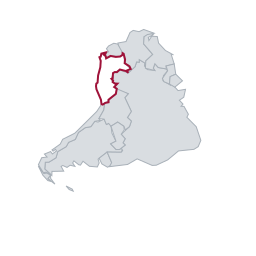 location of Peru within South America, rotated 38°
{"feature_id": "PER", "entity_name": "Peru", "entity_type": "country or territory", "adm_level": 0, "iso_a3": "PER", "parent_name": "South America", "parent_adm1": "", "projection": "albers", "projection_center": [-73.974, -9.194], "detail": "coarse", "context": "in_parent", "style": "outline", "palette": "rose", "viewbox_px": 256, "rotation_deg": 38, "n_neighbors": 12, "source": "natural_earth", "source_scale": "50m", "svg_char_len": 4440}
<svg xmlns="http://www.w3.org/2000/svg" viewBox="0 0 256 256"><g transform="rotate(38 128 128)"><path d="M96.0,212.9L98.2,215.4L105.0,217.2L96.0,217.3L96.0,212.9ZM126.4,159.8L123.6,171.0L126.8,173.3L127.8,177.6L121.2,181.9L113.0,181.9L113.4,186.5L111.8,187.3L105.6,187.2L105.9,189.6L109.8,190.9L105.3,193.0L104.2,196.6L99.7,197.7L98.9,199.4L103.9,201.6L94.8,209.0L97.3,212.4L87.7,211.6L83.9,205.9L86.7,203.6L89.6,195.8L87.2,189.8L90.8,180.7L90.0,175.9L93.5,169.5L91.7,162.0L94.1,154.1L97.9,149.8L97.7,143.2L100.7,141.8L103.7,135.7L108.8,138.5L109.9,136.3L113.1,136.5L118.4,141.9L126.6,145.8L124.1,151.2L131.9,152.3L136.5,147.4L137.6,151.3L126.4,159.8Z" fill="#d9dde1" stroke="#a8b0b8" stroke-width="1"/><path d="M96.0,212.9L96.0,217.3L100.2,217.5L97.2,218.8L90.0,217.6L80.7,213.2L89.7,215.7L91.9,213.5L96.0,212.9ZM94.7,123.3L97.8,128.6L99.3,138.5L101.6,138.9L97.7,143.2L97.9,149.8L94.1,154.1L91.7,162.0L93.5,169.5L90.0,175.9L90.8,180.7L87.2,189.8L89.6,195.8L86.7,203.6L83.9,205.9L87.7,211.6L96.2,212.2L90.4,213.4L88.9,215.3L80.0,212.1L78.3,204.5L82.1,200.7L78.2,200.0L81.5,194.2L84.4,195.0L85.8,190.1L84.0,189.4L83.2,192.4L81.6,192.1L84.5,182.4L83.5,177.1L89.3,164.8L93.2,134.2L92.5,125.5L94.7,123.3Z" fill="#d9dde1" stroke="#a8b0b8" stroke-width="1"/><path d="M114.9,211.8L121.7,210.5L123.7,211.5L119.5,212.7L114.9,211.8Z" fill="#d9dde1" stroke="#a8b0b8" stroke-width="1"/><path d="M126.4,159.8L136.4,165.3L137.8,167.2L136.0,171.5L129.6,172.4L123.8,169.6L126.4,159.8Z" fill="#d9dde1" stroke="#a8b0b8" stroke-width="1"/><path d="M137.2,169.9L136.4,165.3L126.4,159.8L137.6,151.3L137.7,149.1L135.1,147.9L136.3,143.1L133.2,142.8L132.4,138.2L126.5,137.1L128.3,126.0L126.4,120.5L121.1,120.1L120.4,112.9L106.8,106.0L107.1,100.8L98.7,104.3L92.2,104.2L92.4,99.7L87.6,101.3L84.6,99.6L82.5,93.9L85.6,87.4L94.3,84.6L95.8,75.4L94.1,70.6L96.4,69.3L94.7,67.2L101.4,66.4L102.8,69.0L107.2,70.1L113.7,66.2L111.1,65.3L109.6,60.8L114.6,61.7L121.8,57.9L124.0,58.5L123.7,64.9L126.4,69.2L135.3,68.1L135.5,66.2L144.4,67.7L149.5,62.1L153.0,69.4L151.4,74.5L156.6,75.3L156.5,78.2L158.8,76.5L167.1,80.0L167.8,83.3L181.0,85.0L193.0,92.9L194.8,99.5L193.1,104.2L181.9,115.0L178.9,128.7L173.2,139.9L170.1,142.6L154.2,146.7L150.1,157.0L137.2,169.9Z" fill="#d9dde1" stroke="#a8b0b8" stroke-width="1"/><path d="M95.1,104.0L107.1,100.8L106.8,106.0L120.4,112.9L121.1,120.1L126.4,120.5L128.3,126.0L127.0,131.1L123.6,129.2L116.2,129.7L113.5,137.1L109.9,136.3L108.8,138.5L103.7,135.7L99.3,138.5L97.8,128.6L94.7,123.3L97.5,108.8L95.1,104.0Z" fill="#d9dde1" stroke="#a8b0b8" stroke-width="1"/><path d="M103.3,68.7L101.4,66.4L94.7,67.2L96.4,69.3L94.1,70.6L95.8,75.4L94.3,84.6L92.0,82.9L93.9,80.0L85.1,78.7L79.2,72.2L72.4,71.0L67.7,67.3L73.2,61.1L70.8,51.5L72.0,47.9L77.4,45.3L79.7,40.7L90.3,37.2L84.5,46.1L88.5,52.1L102.2,54.8L100.7,64.1L103.3,68.7Z" fill="#d9dde1" stroke="#a8b0b8" stroke-width="1"/><path d="M121.8,57.9L114.6,61.7L109.6,60.8L111.1,65.3L113.7,66.2L104.9,70.2L100.7,64.1L102.2,54.8L88.5,52.1L84.5,46.1L85.7,42.5L88.5,39.3L90.5,38.9L88.2,44.1L90.6,46.2L90.2,41.1L94.7,37.9L99.9,42.3L109.8,43.9L118.9,42.4L116.3,43.1L125.0,49.1L119.8,55.7L121.8,57.9Z" fill="#d9dde1" stroke="#a8b0b8" stroke-width="1"/><path d="M133.7,67.8L127.8,69.4L124.6,67.8L124.0,58.5L119.8,55.7L125.0,49.1L132.5,56.2L129.6,61.5L133.7,67.8Z" fill="#d9dde1" stroke="#a8b0b8" stroke-width="1"/><path d="M139.7,67.0L133.7,67.8L130.8,63.6L129.6,61.5L132.5,56.2L141.9,57.3L139.7,67.0Z" fill="#d9dde1" stroke="#a8b0b8" stroke-width="1"/><path d="M78.4,72.5L77.9,76.6L71.3,80.8L69.0,85.3L63.8,85.1L65.7,79.9L62.2,78.8L62.2,75.3L64.6,70.0L68.2,68.2L78.4,72.5Z" fill="#d9dde1" stroke="#a8b0b8" stroke-width="1"/><path d="M126.2,131.7L126.5,137.1L132.4,138.2L133.2,142.8L136.3,143.1L134.5,150.3L131.9,152.3L124.1,151.2L126.6,145.8L113.5,137.1L116.2,129.7L123.6,129.2L126.2,131.7Z" fill="#d9dde1" stroke="#a8b0b8" stroke-width="1"/><path d="M94.1,84.4L91.7,84.2L85.6,86.9L84.9,90.8L83.1,92.1L82.4,94.0L85.3,98.2L84.7,99.4L87.0,99.7L87.6,101.2L90.3,101.1L92.3,99.6L91.9,104.2L95.0,104.0L97.4,108.6L95.2,117.7L96.8,119.7L94.6,122.2L93.7,125.1L92.4,125.5L89.3,122.4L79.3,116.9L77.0,114.7L75.7,112.5L76.1,111.0L72.1,105.0L68.8,97.2L65.2,91.9L61.9,89.8L62.6,88.6L61.2,85.8L64.1,82.0L64.5,83.4L63.6,83.9L63.7,85.1L66.1,85.1L67.9,86.6L69.8,82.0L74.6,79.5L77.8,76.5L78.7,73.8L77.7,72.4L78.8,72.2L83.4,75.7L85.5,79.0L91.2,78.5L93.8,79.8L91.9,83.1L94.1,84.4Z" fill="none" stroke="#9f1239" stroke-width="2"/></g></svg>